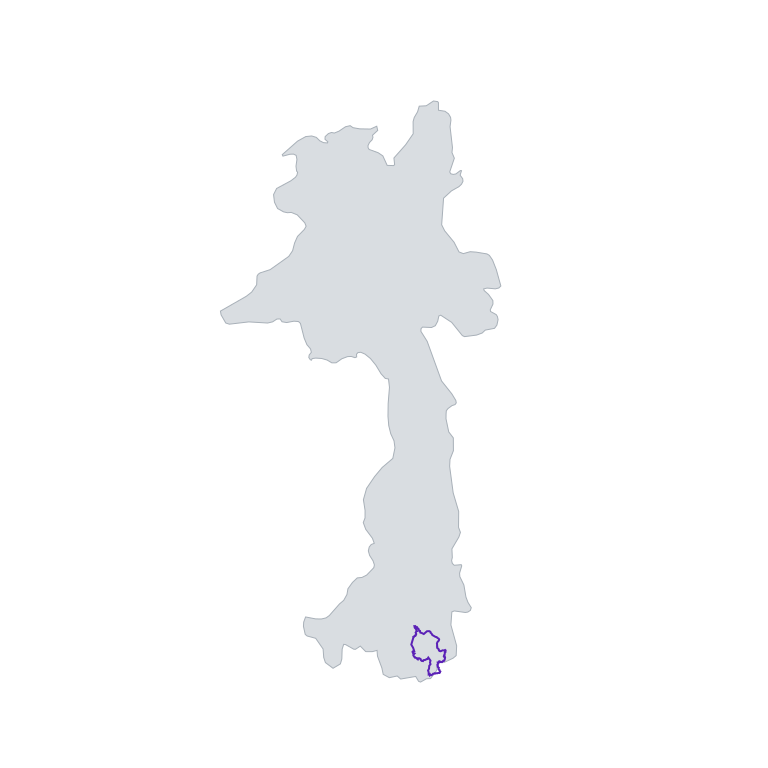 location of Sanxay, Attapu, Laos, rotated 35°
{"feature_id": "54806243B69269956902772", "entity_name": "Sanxay", "entity_type": "district", "adm_level": 2, "iso_a3": "LAO", "parent_name": "Laos", "parent_adm1": "Attapu", "projection": "orthographic", "projection_center": [107.296, 15.037], "detail": "medium", "context": "in_parent", "style": "outline", "palette": "violet", "viewbox_px": 768, "rotation_deg": 35, "n_neighbors": 0, "source": "geoboundaries", "source_scale": "gbopen_adm2", "svg_char_len": 5615}
<svg xmlns="http://www.w3.org/2000/svg" viewBox="0 0 768 768"><g transform="rotate(35 384 384)"><path d="M287.5,129.5L290.5,135.3L304.5,151.1L306.9,155.4L312.1,158.7L316.2,172.6L318.1,173.5L320.5,172.6L322.4,170.7L324.1,165.4L325.1,164.8L326.6,169.3L330.7,170.7L332.4,172.6L332.9,175.9L332.2,179.3L328.5,187.1L326.2,197.6L339.9,220.5L345.8,223.7L360.1,227.7L369.7,232.8L374.2,231.7L378.7,226.2L383.9,223.1L393.7,218.4L396.5,218.2L401.8,220.2L410.4,225.9L423.5,236.7L423.0,239.5L420.6,242.2L413.4,246.3L411.1,248.9L412.4,250.0L418.3,250.7L425.3,253.2L427.4,256.0L428.5,262.3L429.7,263.5L436.2,262.8L438.2,263.7L440.5,265.8L442.7,271.0L442.6,275.0L436.0,281.8L435.2,285.9L431.8,290.8L422.8,299.0L420.4,299.4L404.1,294.7L391.0,295.1L389.9,296.8L392.0,301.8L392.6,306.8L390.5,310.5L382.9,315.3L382.6,317.4L384.0,319.7L394.9,324.3L429.4,348.5L445.3,353.2L452.3,356.3L454.0,358.0L454.0,360.1L452.1,362.7L450.5,367.4L450.4,370.2L452.0,372.9L454.8,377.0L464.5,386.1L471.7,388.4L479.1,398.8L481.3,407.9L485.0,413.8L503.1,433.5L518.3,445.6L527.3,458.7L531.7,461.7L533.1,466.4L534.2,480.1L539.5,487.0L540.6,489.8L542.9,491.8L545.5,492.2L550.9,487.7L552.0,488.4L554.4,495.6L556.6,498.3L564.7,502.8L573.3,511.5L578.0,514.7L583.8,517.2L584.6,519.9L583.5,522.7L581.7,524.5L571.7,529.6L570.3,531.8L577.0,543.0L593.7,556.8L598.9,565.1L597.8,569.1L593.2,577.1L589.7,579.3L588.8,581.8L591.4,588.4L591.1,598.6L587.9,601.0L584.9,607.2L582.9,607.7L577.7,605.4L566.9,616.1L562.3,615.6L556.8,621.5L549.9,622.3L545.1,617.8L534.8,610.7L531.1,606.2L527.9,610.0L522.5,613.7L514.9,612.3L512.8,617.7L511.3,618.6L502.0,619.5L500.3,620.4L501.8,625.2L507.2,633.5L508.8,638.3L505.3,646.1L495.8,645.8L491.5,642.6L486.1,636.0L473.9,631.5L465.6,634.5L463.1,634.3L457.0,628.7L454.8,625.1L453.4,619.8L462.8,615.6L467.6,612.3L470.7,608.8L472.0,605.1L473.7,589.7L475.1,584.3L474.4,577.7L471.9,572.4L472.0,564.6L473.3,558.2L476.9,555.1L479.4,550.5L481.0,540.3L479.9,537.7L476.4,535.1L470.6,532.7L466.9,529.7L465.4,526.0L465.6,522.8L467.4,520.1L463.0,517.0L452.4,513.5L446.5,509.4L445.3,504.6L441.0,498.4L433.5,490.6L429.6,479.5L429.4,465.1L430.4,453.4L433.9,439.9L429.6,430.0L424.8,424.8L418.1,420.9L411.8,415.4L405.8,408.2L398.6,397.6L390.4,383.6L384.8,377.3L381.8,378.7L375.7,377.3L366.4,373.2L358.3,370.9L351.3,370.4L346.8,371.3L344.6,373.3L344.4,375.4L346.1,377.5L345.1,379.1L341.4,380.2L338.4,382.5L335.0,387.5L332.6,394.1L329.1,396.6L323.7,397.0L318.4,398.8L313.1,402.0L310.6,404.4L310.9,406.1L309.7,406.4L307.2,405.4L306.1,403.2L306.3,399.7L303.7,397.4L298.3,396.0L292.3,392.2L280.8,382.3L278.1,381.9L274.2,384.2L269.0,389.5L264.8,391.5L261.6,390.3L259.0,392.2L257.1,397.0L253.7,400.8L237.6,410.7L223.0,423.7L219.4,424.8L210.9,420.8L208.2,418.1L220.9,391.1L222.9,384.6L222.8,375.8L218.1,368.4L218.0,366.2L218.8,364.0L225.1,355.7L232.8,334.1L232.7,327.3L229.9,319.8L228.5,312.7L230.1,303.1L229.7,299.4L226.6,297.4L215.9,295.2L209.7,296.6L206.6,299.1L203.0,300.6L196.2,301.3L190.0,297.9L184.9,292.2L183.9,285.4L191.1,271.1L192.9,265.5L192.9,262.9L191.8,260.1L190.3,259.7L187.0,256.1L183.9,250.0L180.9,247.1L178.0,247.6L175.2,249.7L170.5,255.3L169.1,254.5L173.9,234.6L178.0,226.2L182.5,222.3L187.1,220.8L192.0,221.6L196.0,221.0L199.4,219.0L199.1,217.8L195.3,217.4L193.9,215.1L194.8,210.8L196.7,208.1L199.4,206.9L202.1,202.7L204.9,195.4L208.1,191.8L211.6,191.8L217.8,188.9L226.7,182.9L230.2,177.0L233.4,179.9L231.9,186.8L233.5,188.3L234.2,190.8L233.6,194.6L234.2,198.0L235.5,199.6L237.3,200.4L246.6,197.9L252.2,197.8L261.2,203.1L266.7,199.5L266.8,198.1L262.5,193.2L264.5,175.6L264.4,162.3L257.3,152.3L255.9,148.3L255.4,141.8L253.5,136.2L259.0,131.9L262.2,123.8L266.0,121.9L267.2,122.3L271.6,128.5L277.5,125.6L281.9,125.7L285.6,127.4L287.5,129.5Z" fill="#d9dde1" stroke="#a8b0b8" stroke-width="1"/><path d="M561.0,561.9L560.0,566.0L557.8,566.3L556.4,566.8L555.2,565.7L554.8,566.1L553.8,565.5L553.1,565.4L552.7,564.8L551.6,564.8L550.6,564.2L549.5,564.7L548.6,564.4L548.4,564.8L548.3,564.6L547.8,564.9L548.3,565.4L549.2,565.3L549.6,566.2L551.1,566.3L551.3,566.9L552.7,567.6L552.4,568.0L552.5,569.5L553.8,570.3L554.1,571.3L553.9,571.6L554.1,572.2L553.7,572.4L553.8,572.8L553.4,573.2L553.6,574.0L553.2,574.5L553.4,574.6L555.8,581.8L559.2,583.4L562.1,585.6L561.0,586.5L561.0,587.1L562.1,587.4L562.3,587.8L563.6,587.4L563.5,588.2L563.1,588.5L563.7,589.5L565.5,590.2L565.9,590.0L566.3,590.4L568.1,589.7L569.2,590.3L569.7,590.2L569.3,589.2L570.0,588.5L570.5,588.6L571.5,588.2L572.8,589.1L573.3,589.0L573.7,589.2L574.9,588.6L574.8,587.5L576.1,586.3L576.8,584.7L577.3,584.4L577.2,582.7L580.7,583.9L581.5,585.9L582.8,586.8L582.7,588.9L584.2,591.4L584.4,593.4L585.9,594.5L587.2,596.3L587.8,595.4L588.7,596.3L588.9,595.4L589.8,595.3L590.4,594.2L590.4,593.2L591.3,592.5L591.3,592.0L592.3,591.6L592.4,591.1L593.5,590.5L594.1,589.6L595.2,588.9L595.3,588.3L595.1,588.1L595.0,587.2L594.3,587.2L593.6,586.5L593.1,586.6L592.2,586.2L591.7,585.0L590.1,584.9L589.9,584.1L589.3,584.0L588.7,583.3L588.8,582.4L588.0,581.6L588.6,581.4L588.0,580.1L588.3,579.4L589.5,579.1L589.7,579.4L591.1,578.5L591.3,576.7L591.9,576.6L591.9,575.2L591.0,573.1L590.7,572.8L590.1,573.1L589.4,572.9L589.5,572.0L589.3,571.7L589.1,572.1L588.8,571.9L588.7,570.4L587.9,569.3L588.1,568.6L587.6,568.3L587.7,567.6L587.3,566.9L586.6,566.8L586.1,567.8L584.8,568.5L583.7,570.4L582.8,570.8L582.1,570.5L581.8,570.7L580.7,569.8L578.8,569.6L578.3,568.6L577.7,568.3L577.4,567.5L576.1,566.1L575.8,564.5L576.1,562.7L575.6,561.5L574.6,561.2L573.4,561.4L572.3,561.1L571.3,561.6L567.5,561.9L566.2,561.2L564.7,561.0L564.2,560.4L563.6,560.4L562.8,560.5L561.0,561.9Z" fill="none" stroke="#5b21b6" stroke-width="2"/></g></svg>